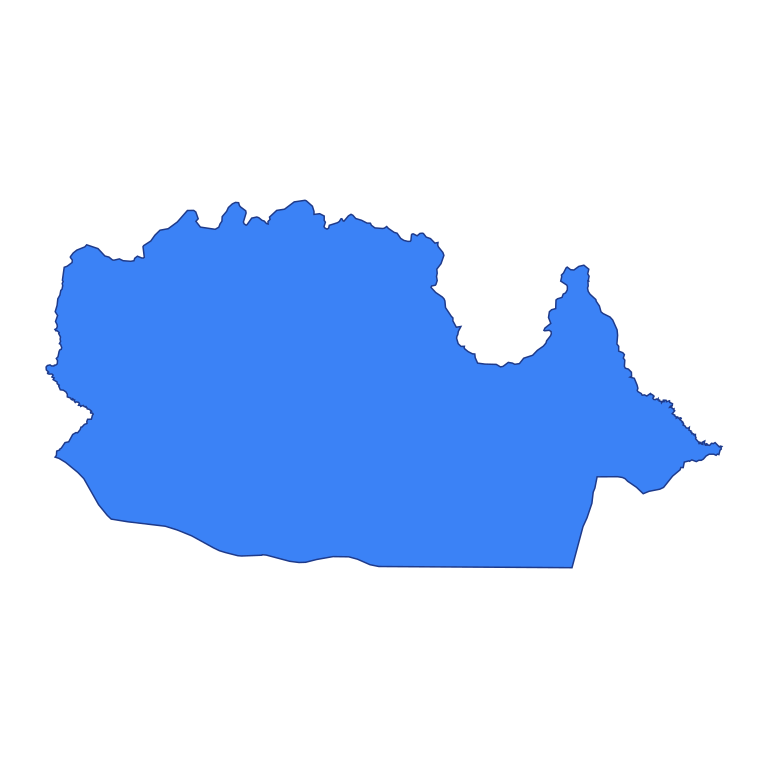 Choam Ksant, Preah Vihéar, Cambodia (Albers equal-area conic projection)
{"feature_id": "14789045B63447960105110", "entity_name": "Choam Ksant", "entity_type": "district", "adm_level": 2, "iso_a3": "KHM", "parent_name": "Cambodia", "parent_adm1": "Preah Vihéar", "projection": "albers", "projection_center": [104.9, 14.186], "detail": "fine", "context": "isolated", "style": "filled", "palette": "blue", "viewbox_px": 768, "rotation_deg": 0, "n_neighbors": 0, "source": "geoboundaries", "source_scale": "gbopen_adm2", "svg_char_len": 6010}
<svg xmlns="http://www.w3.org/2000/svg" viewBox="0 0 768 768"><path d="M721.9,446.5L720.3,446.1L719.3,446.9L715.1,442.6L713.4,443.6L711.5,443.3L709.6,445.4L708.4,445.2L706.7,443.7L706.1,443.9L706.9,445.1L705.4,445.2L704.3,443.1L704.7,441.0L702.2,442.3L702.8,444.4L701.9,444.3L701.4,443.4L699.0,443.6L698.9,442.9L699.9,442.3L698.3,441.8L695.6,438.7L696.0,437.4L695.4,436.7L695.4,434.5L694.0,434.9L693.7,433.9L691.9,433.7L691.9,432.4L690.9,432.1L691.0,431.0L689.0,430.2L689.3,427.4L688.3,428.2L686.2,427.9L685.1,426.1L683.1,425.0L683.7,424.1L683.0,422.6L682.3,422.5L682.6,421.8L679.8,419.6L681.2,418.6L680.8,417.8L678.3,418.2L677.7,417.0L676.3,418.0L676.3,416.9L674.5,415.7L674.7,415.1L672.2,413.7L674.7,410.8L674.0,410.3L674.0,408.8L673.4,409.1L671.9,408.0L671.8,407.1L669.6,407.4L670.4,406.2L672.3,405.5L672.5,403.7L669.7,402.4L669.5,400.8L666.5,401.7L666.1,400.3L663.7,400.1L663.2,400.3L664.1,401.6L662.3,401.7L661.5,402.8L661.2,401.4L659.3,401.1L659.5,400.1L658.1,399.9L658.1,398.7L657.4,399.5L656.4,399.0L655.2,399.7L653.6,399.4L652.8,398.2L653.9,396.7L653.4,396.4L653.7,395.7L651.3,394.1L650.9,394.4L650.4,393.5L646.8,396.0L644.5,394.9L642.2,395.2L641.3,393.6L637.9,391.6L637.2,390.4L637.9,388.3L637.1,385.1L634.3,378.3L630.0,377.1L631.6,376.2L631.4,372.2L628.4,369.1L625.3,368.2L624.4,366.4L624.8,360.1L623.3,358.1L624.4,354.6L622.8,352.7L618.7,351.1L618.7,346.3L616.9,344.0L617.6,335.3L617.1,329.9L612.7,320.0L610.0,317.0L603.0,313.5L601.0,311.8L599.4,306.0L596.3,301.4L595.8,299.5L590.0,294.2L588.2,291.4L587.5,288.0L588.2,286.0L587.9,280.9L588.7,281.1L588.4,279.8L589.1,276.2L587.7,273.8L588.8,269.2L583.9,265.2L578.8,266.4L573.9,270.0L570.6,269.7L567.2,267.1L566.1,267.9L563.5,273.0L561.4,275.1L561.7,276.8L560.7,281.1L566.8,285.1L567.4,286.6L567.3,289.9L565.6,292.9L563.2,294.1L562.0,297.4L557.5,298.8L556.0,300.0L555.7,308.6L551.6,309.7L549.4,311.7L548.5,317.5L550.8,323.4L544.9,328.1L543.9,330.4L544.7,330.8L549.2,330.3L551.1,331.6L551.3,333.9L550.4,336.0L546.6,340.8L546.0,343.0L543.4,346.1L537.4,350.3L532.6,355.3L523.7,358.2L519.4,363.6L514.8,364.3L512.4,363.1L508.3,362.4L503.0,366.4L500.5,366.9L496.3,364.4L485.0,364.1L477.6,363.1L475.2,357.7L474.8,354.0L472.4,353.8L468.1,351.6L464.8,348.9L464.1,347.8L464.4,346.3L461.0,346.4L458.2,343.7L456.6,338.3L456.9,336.3L457.8,334.6L458.3,331.5L460.9,326.5L456.3,327.2L452.9,320.9L452.9,317.9L451.3,316.3L445.5,307.6L444.9,300.9L444.0,298.8L442.3,297.0L435.7,292.5L431.0,287.4L431.6,286.0L435.3,285.2L435.9,284.5L437.2,280.6L436.5,276.4L437.2,273.3L436.8,269.2L441.0,263.7L443.9,255.4L442.9,252.5L438.4,246.9L437.7,245.1L438.0,242.5L434.9,243.1L430.5,238.6L426.2,237.1L423.4,233.5L422.4,233.2L420.0,233.4L417.1,235.8L413.4,233.9L412.2,234.0L411.5,234.8L410.9,240.5L410.3,241.3L407.9,241.4L403.9,240.4L400.7,238.4L397.1,233.2L394.2,232.4L388.4,228.4L386.7,226.5L384.3,228.2L382.6,228.5L374.9,227.9L371.4,225.3L370.4,223.2L367.0,223.1L361.6,220.3L355.7,218.5L352.9,215.3L351.0,214.3L348.4,215.9L344.0,221.1L343.2,221.0L341.8,218.7L341.0,218.8L339.3,221.5L337.5,222.7L329.3,225.3L328.6,228.2L327.0,229.1L325.0,228.1L324.0,226.7L325.4,222.2L324.2,220.4L324.2,216.0L319.7,213.7L314.0,214.4L314.0,211.4L312.4,206.2L306.3,200.8L305.0,200.3L294.2,201.9L284.5,209.2L276.7,210.4L269.5,217.1L270.1,219.4L268.0,221.5L268.1,224.0L266.4,223.5L264.3,221.1L262.0,220.3L258.8,217.7L256.8,217.0L251.7,218.1L247.1,224.6L246.1,225.2L244.1,223.8L243.4,222.0L246.1,213.0L245.7,210.8L240.5,206.9L239.4,205.5L238.6,202.7L235.5,202.4L232.3,203.9L228.4,207.5L226.6,211.4L222.2,216.6L221.9,221.2L220.1,223.8L218.8,227.2L215.2,229.3L200.4,227.1L195.9,221.3L198.2,218.8L195.8,212.0L193.7,210.4L187.4,210.5L177.3,222.0L168.2,228.7L160.0,230.2L154.9,235.2L150.8,241.0L143.7,245.6L143.0,246.7L144.3,257.3L143.4,258.0L141.8,258.0L137.4,256.2L134.7,258.3L134.0,260.7L130.7,261.3L123.1,260.7L119.4,258.9L113.9,260.2L112.4,259.9L109.0,257.1L104.9,256.0L98.0,248.6L86.7,244.8L84.8,246.9L76.8,250.1L73.2,253.0L70.4,256.7L70.4,257.5L72.3,260.0L72.1,262.5L67.2,266.2L64.2,267.3L62.4,280.3L63.2,281.5L62.2,283.4L62.7,285.7L62.0,289.2L60.8,290.4L59.9,295.1L57.8,298.8L57.1,305.3L55.2,311.7L57.6,315.5L55.5,321.5L57.1,324.6L57.3,326.6L56.5,328.6L54.9,329.4L56.0,330.9L57.0,330.6L59.2,332.6L58.7,333.6L60.5,337.0L60.1,339.1L60.6,341.4L59.4,343.7L60.5,344.3L61.7,347.5L61.3,349.3L60.0,349.7L59.1,351.3L58.0,356.7L56.3,358.5L57.5,360.5L57.3,363.8L55.7,365.1L54.3,365.2L53.9,366.0L51.4,365.9L50.1,364.9L47.4,365.5L46.1,367.0L46.3,369.9L48.6,372.1L47.6,372.9L47.6,373.5L49.0,374.1L51.9,374.0L53.1,375.1L51.9,377.0L54.1,377.9L53.1,379.6L57.1,382.0L57.2,383.7L59.2,385.2L58.7,386.0L60.3,389.8L63.4,390.2L66.0,392.0L67.3,394.2L67.3,396.9L70.7,398.1L71.2,399.4L72.4,399.9L72.7,398.8L73.3,399.2L74.0,400.3L74.5,400.1L74.3,401.2L75.3,402.5L76.2,401.9L78.4,402.3L79.4,403.4L78.5,405.3L80.6,405.4L80.7,406.4L83.2,405.4L84.3,406.7L86.0,406.6L85.9,407.3L86.9,407.7L87.2,408.9L89.4,409.4L91.5,411.2L90.6,412.0L90.7,413.0L92.6,413.2L93.2,414.2L92.4,415.2L91.4,419.2L87.6,419.3L86.8,421.4L87.0,423.5L84.4,424.4L82.0,427.0L81.0,427.1L80.1,429.7L77.6,432.8L75.9,432.6L72.7,434.5L68.7,441.8L65.0,442.6L61.3,448.1L59.7,449.2L59.6,450.0L56.7,451.1L56.4,455.4L55.1,457.1L59.0,458.4L65.6,462.4L77.8,472.4L83.8,478.6L98.6,504.7L107.3,515.4L111.2,519.1L127.9,521.8L165.1,526.2L177.0,529.9L191.6,535.8L213.4,547.8L219.4,550.7L225.3,552.5L237.8,555.7L241.6,556.0L261.9,555.2L262.2,554.7L266.4,555.1L289.7,561.3L299.0,562.5L305.6,562.3L316.6,559.5L333.0,556.6L348.7,556.8L357.5,559.2L370.0,564.7L378.8,566.5L572.0,567.7L583.0,526.6L587.0,517.9L591.9,503.3L593.2,492.2L594.9,488.0L597.1,476.8L617.7,476.7L622.5,477.5L625.1,478.7L627.7,481.3L636.5,487.3L643.2,493.7L649.1,491.3L659.8,489.2L663.6,487.4L672.6,476.1L680.1,469.8L680.8,467.5L683.2,467.6L684.3,462.1L688.8,460.9L689.5,461.3L691.8,459.9L696.3,461.6L698.8,460.3L701.3,460.3L703.4,459.1L706.1,456.0L709.2,454.2L713.8,454.2L716.1,455.3L717.3,454.1L718.9,454.6L720.0,450.3L721.3,449.0L720.9,447.6L721.9,446.5Z" fill="#3b82f6" stroke="#1e3a8a" stroke-width="1.5"/></svg>